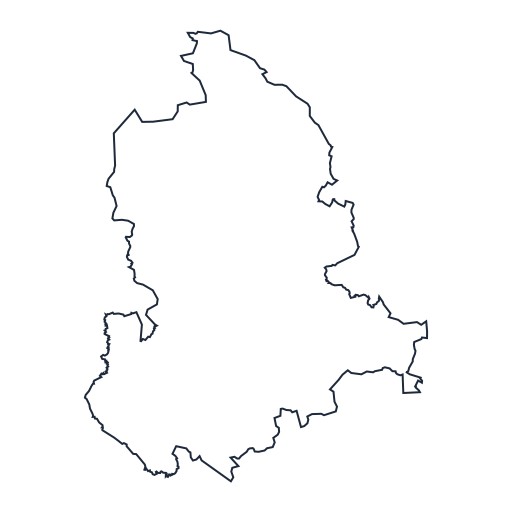 the district of Kazdangas pag., Aizputes, Latvia
{"feature_id": "27541924B75570009017892", "entity_name": "Kazdangas pag.", "entity_type": "district", "adm_level": 2, "iso_a3": "LVA", "parent_name": "Latvia", "parent_adm1": "Aizputes", "projection": "albers", "projection_center": [21.685, 56.711], "detail": "fine", "context": "isolated", "style": "outline", "palette": "slate", "viewbox_px": 512, "rotation_deg": 0, "n_neighbors": 0, "source": "geoboundaries", "source_scale": "gbopen_adm2", "svg_char_len": 6072}
<svg xmlns="http://www.w3.org/2000/svg" viewBox="0 0 512 512"><path d="M211.0,33.4L197.8,31.8L196.8,33.3L195.5,33.8L193.4,32.9L187.8,32.8L190.2,37.1L192.8,38.5L192.5,40.1L197.0,41.1L196.8,43.5L192.9,53.3L181.0,55.9L184.0,61.0L192.8,64.0L193.1,70.1L192.4,72.5L191.5,73.0L199.7,80.6L205.7,95.2L205.9,101.9L189.8,104.6L186.6,102.5L177.8,105.2L177.7,111.4L172.6,119.2L153.1,121.7L142.2,121.9L134.7,109.7L113.8,133.3L115.1,165.6L114.2,169.2L114.1,171.9L108.6,178.7L107.4,182.0L106.7,186.0L110.3,187.2L112.8,195.3L114.5,197.7L116.6,206.0L113.4,212.7L112.4,218.4L114.2,220.4L121.9,219.8L128.1,220.7L133.9,224.0L134.0,226.1L132.6,228.7L131.7,231.7L132.2,234.6L131.9,235.5L129.9,237.0L126.0,236.8L125.7,237.4L127.5,240.8L129.0,241.6L129.1,243.7L130.3,246.0L130.2,247.3L128.3,251.3L127.8,254.5L129.4,254.9L127.1,255.4L126.9,256.9L128.2,259.6L131.1,260.8L132.5,262.8L131.3,263.7L131.9,264.5L130.6,266.6L129.0,267.1L134.0,269.9L134.6,273.7L134.5,276.4L135.1,277.3L133.8,278.5L134.4,280.8L137.1,283.1L143.0,284.6L152.8,290.3L157.7,299.1L156.9,304.4L147.6,309.6L146.0,314.9L154.9,324.4L156.6,325.5L155.4,325.8L155.8,326.2L154.6,326.9L154.9,327.1L154.2,328.1L154.5,328.4L153.9,328.6L154.3,330.2L153.0,331.3L152.5,333.7L151.4,334.2L149.9,337.1L148.2,336.7L145.4,340.0L142.8,339.0L141.1,341.2L140.5,341.0L141.9,324.6L136.4,312.2L132.8,313.4L131.4,312.8L131.1,314.1L124.3,316.2L123.4,314.6L118.7,313.5L113.8,313.9L112.7,312.6L109.0,314.2L107.5,314.1L106.8,315.1L105.8,314.5L106.4,316.3L104.8,317.4L104.3,319.6L105.2,320.1L104.6,321.8L105.6,322.6L105.4,324.2L106.2,324.1L105.8,325.6L107.0,325.4L107.4,328.1L105.7,328.9L105.6,330.2L104.7,330.5L106.0,332.0L104.6,333.1L104.6,334.0L109.0,336.1L108.5,336.9L109.2,337.4L108.1,338.5L109.2,339.6L108.0,340.1L107.1,342.2L108.1,343.3L108.0,343.9L109.3,344.1L108.0,346.6L108.5,346.7L108.7,347.9L107.5,348.3L108.8,349.6L108.2,350.7L108.5,351.0L108.0,353.0L106.8,354.5L104.8,355.6L103.2,354.9L101.1,356.5L102.2,358.9L105.0,359.4L105.2,360.9L106.0,360.8L105.6,362.1L106.2,362.0L106.4,362.8L107.0,361.7L107.9,362.6L107.3,363.6L108.0,364.6L107.4,366.3L108.0,366.7L106.6,367.8L107.4,368.7L107.4,369.7L106.7,370.1L106.8,371.0L105.7,371.5L106.9,372.8L103.9,374.2L103.5,374.1L103.7,373.6L103.4,373.0L102.0,374.3L101.4,373.7L99.9,375.8L101.3,377.1L94.2,380.6L93.6,381.9L94.0,383.7L93.0,383.7L91.7,385.6L89.0,391.0L85.7,394.9L84.9,397.7L86.6,399.0L89.3,404.5L90.0,408.6L92.6,413.9L93.1,415.8L92.7,416.9L94.6,416.8L94.9,418.5L97.0,418.8L99.1,422.4L102.5,425.1L102.7,426.3L102.3,426.9L102.7,426.8L102.9,428.2L102.3,429.3L102.4,430.2L114.3,437.7L122.3,443.9L123.9,443.1L126.7,444.5L126.6,446.2L133.2,453.9L136.2,454.1L144.8,464.5L145.4,466.7L144.4,469.7L145.1,469.9L146.2,468.5L148.0,471.1L149.9,470.4L150.1,471.7L151.9,472.3L152.7,474.2L154.5,474.9L156.7,473.8L155.9,471.9L156.5,471.5L157.9,472.9L160.2,473.0L160.7,471.6L161.6,471.4L163.2,472.7L165.9,472.9L165.8,476.2L166.6,475.3L166.5,476.4L167.9,476.9L169.1,474.4L169.8,474.5L169.2,475.6L169.8,475.0L170.3,475.6L172.3,474.7L172.3,473.9L173.8,474.1L175.2,473.2L176.5,471.2L176.7,469.0L178.5,468.2L178.5,466.6L177.5,466.1L177.8,464.1L177.4,461.7L176.1,459.1L177.1,458.3L175.3,455.8L172.5,453.8L176.2,446.2L186.3,448.4L188.8,451.6L190.4,452.4L190.8,457.3L192.9,460.5L196.4,459.5L199.6,456.1L201.6,460.4L230.9,481.3L233.3,477.3L231.3,471.6L232.3,467.8L238.4,466.1L230.6,457.6L234.5,456.8L237.1,458.5L239.1,458.5L241.0,456.1L246.7,451.8L248.2,449.3L249.8,448.4L252.8,448.1L253.9,449.3L254.7,451.5L258.6,451.8L264.6,450.5L267.1,448.2L272.7,447.1L274.7,442.4L273.3,437.9L277.7,434.7L279.1,431.9L278.8,427.8L276.1,426.0L274.5,418.0L280.4,415.8L280.8,408.9L282.7,408.6L286.3,410.0L290.6,410.3L292.2,412.3L296.6,410.8L301.0,427.1L304.2,426.1L307.4,423.3L308.3,419.7L307.3,416.5L312.0,414.1L321.3,413.8L324.0,415.2L335.8,411.4L337.0,406.6L334.5,401.7L333.5,391.7L330.0,389.4L338.6,379.9L342.5,374.7L347.8,370.3L351.3,373.0L361.4,374.3L366.8,371.5L373.1,372.3L374.9,371.2L382.1,369.8L382.7,368.1L384.8,367.3L389.6,368.4L392.4,371.2L395.6,371.3L395.9,372.9L397.2,374.2L400.4,375.3L402.6,374.5L403.3,393.0L419.9,392.2L418.9,390.4L415.8,387.6L415.9,386.6L415.2,386.4L418.1,380.6L421.9,382.7L422.1,380.8L420.0,378.2L420.5,377.6L409.8,374.3L406.0,371.9L407.0,372.1L408.3,371.0L409.1,367.8L412.7,361.5L412.8,359.1L415.0,353.7L415.5,350.8L414.6,348.9L413.9,344.9L414.2,342.0L421.3,339.1L422.0,337.5L427.0,338.1L427.1,331.6L426.2,321.3L421.2,324.8L417.0,322.1L403.6,323.8L398.1,319.8L388.7,317.1L390.5,313.3L383.7,304.5L382.9,302.1L379.2,296.6L378.8,298.8L379.3,299.5L378.7,301.2L377.2,302.2L376.3,304.0L373.5,304.9L373.8,305.3L373.4,307.4L371.6,307.3L370.0,305.1L368.2,304.5L367.6,303.1L368.1,300.4L369.5,298.7L368.7,297.0L368.4,297.7L365.5,295.2L363.6,294.6L358.8,296.3L357.8,295.1L355.6,294.8L355.3,295.2L355.5,295.7L354.7,295.9L355.1,296.8L350.8,297.9L349.2,294.1L349.7,293.2L349.4,291.6L348.3,290.1L346.2,289.6L345.0,287.8L343.3,287.3L341.7,284.9L334.7,285.3L331.4,284.2L330.6,283.1L328.8,283.0L329.3,282.4L328.1,282.9L328.8,282.2L328.5,281.6L327.5,280.8L326.5,281.1L326.0,279.7L326.6,279.4L326.7,277.6L325.0,275.3L324.9,274.3L326.6,271.0L326.1,269.2L324.8,267.7L326.5,266.5L331.7,265.9L332.5,264.9L335.2,265.4L337.3,263.2L354.5,254.9L358.8,246.8L358.0,246.1L357.2,241.9L354.1,233.5L352.6,231.0L353.0,230.8L351.7,227.4L353.3,227.3L353.7,225.7L351.6,221.3L353.7,219.1L353.7,217.8L351.4,212.5L351.5,209.7L353.6,204.6L352.6,202.9L345.7,201.0L345.3,204.5L344.3,206.6L338.1,203.6L334.5,200.5L334.3,199.1L333.6,199.1L332.8,199.4L332.1,202.5L329.6,206.3L325.3,204.0L322.3,201.5L318.5,201.3L319.1,200.0L317.6,196.9L319.2,192.2L322.3,186.8L324.0,187.3L325.8,185.6L327.6,182.3L332.0,184.7L337.2,180.5L333.6,178.9L330.7,173.8L330.0,168.9L330.5,167.1L329.9,163.1L331.6,156.3L329.2,155.3L329.4,152.6L332.3,147.0L331.0,146.6L330.6,145.3L328.8,143.9L318.4,125.1L314.8,122.6L309.8,116.0L309.8,107.3L307.5,103.7L296.1,96.4L286.4,86.2L282.2,84.7L274.5,84.8L267.3,81.7L265.6,78.4L262.4,74.2L266.6,72.1L264.4,69.6L260.0,68.2L254.4,60.2L245.9,55.6L230.5,50.1L228.6,35.2L220.4,30.7L211.0,33.4Z" fill="none" stroke="#1e293b" stroke-width="2"/></svg>